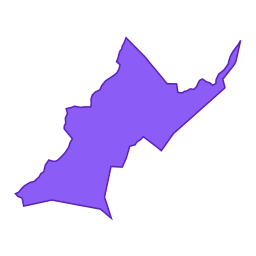 outline of São Miguel, Rio Grande do Norte, Brazil
{"feature_id": "56859067B85156148538476", "entity_name": "São Miguel", "entity_type": "district", "adm_level": 2, "iso_a3": "BRA", "parent_name": "Brazil", "parent_adm1": "Rio Grande do Norte", "projection": "mercator", "projection_center": [-38.467, -6.213], "detail": "fine", "context": "isolated", "style": "filled", "palette": "violet", "viewbox_px": 256, "rotation_deg": 0, "n_neighbors": 0, "source": "geoboundaries", "source_scale": "gbopen_adm2", "svg_char_len": 1287}
<svg xmlns="http://www.w3.org/2000/svg" viewBox="0 0 256 256"><path d="M23.7,206.1L51.6,200.0L100.4,209.1L111.3,218.2L104.5,197.1L111.0,166.5L122.3,167.1L126.3,158.0L129.8,146.2L135.1,144.8L136.8,142.1L141.0,139.2L143.3,136.7L157.2,147.2L161.3,150.7L163.6,147.5L173.4,133.6L225.0,87.8L222.8,79.2L234.4,64.5L236.0,61.1L240.6,40.4L238.1,44.8L233.8,50.3L231.6,53.8L230.3,56.5L228.8,61.1L228.2,64.0L224.2,69.7L218.6,74.2L216.1,79.6L215.9,83.4L212.7,85.2L209.7,82.7L206.7,82.0L202.4,79.0L199.5,80.5L197.8,83.8L196.6,86.6L193.8,89.4L190.4,88.8L187.4,90.7L184.6,91.3L182.2,92.9L177.9,92.4L176.6,83.9L167.1,83.7L158.8,73.6L150.5,63.7L148.6,61.4L145.0,56.9L133.3,45.1L126.1,37.8L123.8,43.5L122.3,46.0L121.7,49.0L119.9,51.2L118.9,54.4L118.0,58.3L116.5,61.7L120.0,64.7L119.1,68.8L116.9,72.8L114.3,75.1L105.6,80.8L101.6,85.9L99.9,89.8L95.4,92.0L92.2,95.2L91.0,99.2L91.2,103.4L90.8,106.9L84.1,106.9L80.6,107.4L74.7,106.2L71.4,107.5L66.2,108.6L67.5,113.4L65.3,118.2L65.7,123.2L64.3,125.8L64.1,128.7L72.3,138.7L69.9,143.0L68.6,147.5L65.0,152.8L61.4,156.6L57.9,160.0L55.2,161.4L51.9,161.0L48.8,160.0L45.3,165.1L43.8,171.7L40.7,173.8L39.3,176.7L34.3,181.3L29.9,182.5L24.6,185.7L21.8,188.3L18.7,192.1L15.4,193.7L17.9,196.4L22.1,198.1L23.7,206.1Z" fill="#8b5cf6" stroke="#5b21b6" stroke-width="1.5"/></svg>